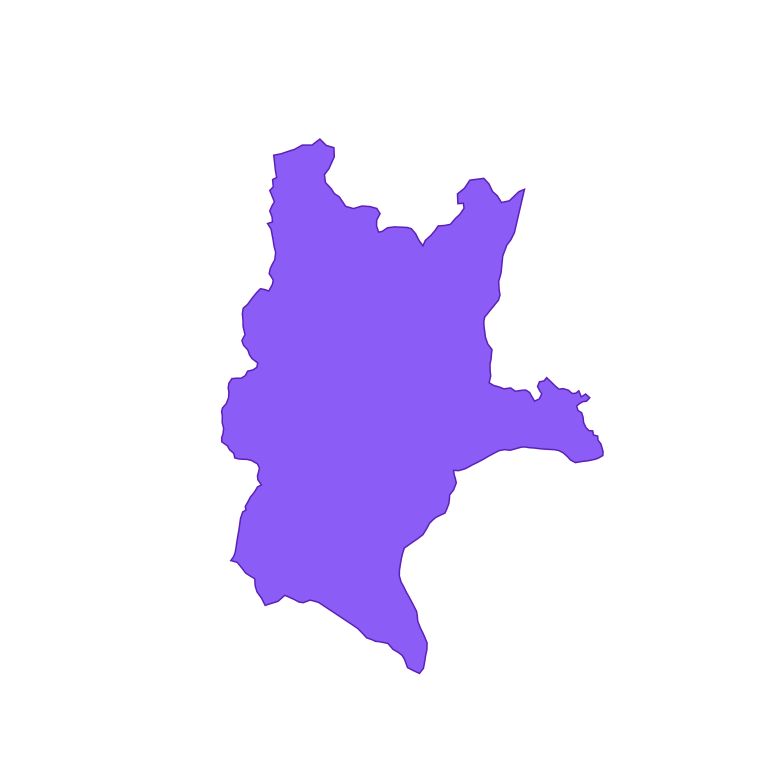 outline of Goiânia, Goiás, Brazil, rotated 321°
{"feature_id": "56859067B64953351303571", "entity_name": "Goiânia", "entity_type": "district", "adm_level": 2, "iso_a3": "BRA", "parent_name": "Brazil", "parent_adm1": "Goiás", "projection": "albers", "projection_center": [-49.264, -16.642], "detail": "fine", "context": "isolated", "style": "filled", "palette": "violet", "viewbox_px": 768, "rotation_deg": 321, "n_neighbors": 0, "source": "geoboundaries", "source_scale": "gbopen_adm2", "svg_char_len": 4059}
<svg xmlns="http://www.w3.org/2000/svg" viewBox="0 0 768 768"><g transform="rotate(321 384 384)"><path d="M229.4,631.2L235.7,629.8L240.3,625.9L245.5,621.2L250.0,617.6L254.5,612.4L256.4,606.2L257.6,601.6L258.6,597.1L260.9,589.7L263.9,585.2L266.2,581.3L267.2,576.6L268.1,572.3L269.3,566.2L270.3,560.3L271.7,554.0L272.7,548.5L275.2,542.7L278.9,538.4L282.4,535.2L287.5,530.7L291.8,527.4L296.5,524.3L303.9,524.7L308.8,525.1L312.7,525.4L319.4,525.6L325.8,523.4L331.7,520.9L336.0,520.4L340.3,520.3L345.6,521.5L350.1,522.7L353.9,520.8L359.1,517.8L362.6,514.4L365.2,511.5L371.2,510.2L377.9,506.4L379.8,502.7L381.6,498.4L383.7,494.9L387.6,498.4L393.9,501.0L402.0,502.5L408.0,503.9L414.3,505.1L419.8,505.9L426.6,507.2L431.5,508.2L436.4,510.9L440.4,514.9L446.2,517.4L451.2,519.6L454.2,521.9L456.9,525.0L460.8,528.6L463.9,531.9L467.0,534.9L471.8,539.3L475.5,542.7L478.0,545.8L480.0,550.3L480.9,556.2L481.1,560.5L483.3,565.6L489.6,569.1L494.0,571.9L500.3,575.2L503.8,576.5L509.1,577.3L511.7,574.4L514.8,567.2L515.0,562.3L517.3,558.9L514.7,555.5L516.7,551.7L514.0,549.3L513.5,545.2L514.8,539.7L517.9,534.9L519.5,530.7L518.1,526.6L519.9,522.3L523.8,522.3L527.3,522.8L530.5,524.8L535.2,524.2L534.4,518.7L529.2,518.2L531.1,511.9L527.3,511.9L524.2,509.7L523.4,504.8L520.3,500.3L516.8,498.2L515.8,493.3L515.2,487.8L514.4,481.4L510.3,482.3L506.2,480.1L501.7,482.6L500.8,487.2L500.4,490.9L495.4,493.3L490.2,492.1L490.8,488.0L491.8,482.2L490.4,477.9L486.8,475.4L481.5,472.3L480.0,466.8L474.2,463.3L471.6,458.7L468.4,454.3L466.5,449.2L472.0,444.9L474.9,440.4L478.7,435.5L482.9,432.0L486.5,428.2L489.6,425.2L489.8,418.3L492.3,411.4L495.5,406.3L497.7,402.6L501.0,398.1L504.7,395.2L508.4,394.6L512.5,393.6L516.7,392.8L521.3,391.8L525.7,390.9L530.2,387.8L532.9,383.0L537.8,376.3L542.1,373.4L545.2,371.0L556.8,359.3L566.8,353.4L573.2,351.8L580.5,348.5L615.7,321.1L609.9,319.4L596.7,320.5L589.5,316.9L590.5,308.9L589.5,302.9L591.5,294.4L591.0,287.0L579.0,279.6L569.7,282.5L560.7,282.5L554.9,290.4L559.4,293.5L556.8,297.8L549.7,299.9L543.7,300.3L536.1,301.7L531.0,299.0L525.5,295.2L520.4,296.8L514.1,298.0L506.5,298.4L501.2,301.1L501.6,294.1L503.1,287.4L503.0,280.6L500.5,276.9L490.9,268.4L485.1,264.8L478.7,264.3L475.4,262.6L477.6,256.6L481.5,252.0L488.1,249.2L488.9,243.1L484.6,237.1L478.9,231.8L470.7,228.5L466.0,221.8L466.4,217.5L467.0,210.4L465.2,204.6L465.9,199.2L465.3,190.6L469.5,183.8L476.8,182.0L488.4,176.1L493.8,168.8L489.3,162.3L488.3,153.3L478.4,153.0L470.8,146.9L462.3,145.4L455.1,142.6L448.6,140.2L442.3,136.8L434.3,149.2L430.5,156.0L426.1,155.0L422.0,161.1L417.0,161.7L415.6,166.6L413.5,173.4L408.8,175.2L404.1,177.6L402.1,183.8L399.2,187.9L394.5,186.0L393.7,192.6L388.5,202.2L385.3,207.7L382.6,213.6L377.3,218.7L372.2,220.8L368.1,222.8L364.2,226.0L363.4,233.4L360.1,236.3L353.0,239.2L350.6,235.3L347.9,232.2L342.8,232.8L336.0,234.2L328.0,236.3L322.3,236.5L318.0,240.4L314.6,245.7L310.7,250.6L307.1,258.1L300.9,260.8L299.2,265.5L299.6,271.8L297.8,276.8L297.4,281.2L299.1,288.2L295.6,291.0L291.1,290.6L286.1,288.2L281.5,290.2L276.5,289.6L273.5,287.0L269.2,284.1L263.9,285.8L260.6,288.8L258.2,292.9L254.6,296.8L249.1,300.0L243.6,300.9L240.5,303.1L238.3,307.0L234.0,312.1L231.5,317.5L227.4,321.5L224.0,323.6L221.5,326.9L223.4,333.4L222.6,337.9L223.6,343.4L221.5,347.5L224.0,350.9L226.9,353.6L230.3,356.6L232.9,360.1L235.4,366.5L234.2,371.0L230.9,373.6L227.7,375.9L225.6,379.3L225.3,385.2L220.8,384.4L216.9,385.9L213.3,386.9L208.9,387.8L203.4,390.2L199.2,391.8L197.3,395.1L193.7,394.5L188.0,398.1L179.4,406.1L173.9,410.9L169.8,414.5L166.1,418.0L162.4,421.2L158.3,423.6L153.8,424.8L157.7,430.2L157.7,438.7L157.5,443.9L159.0,448.5L161.0,454.0L156.8,459.9L154.5,465.6L154.0,473.5L152.3,481.3L155.6,482.5L160.3,484.4L164.9,486.2L173.9,485.8L176.1,489.9L178.9,495.6L180.7,499.9L183.6,503.1L190.5,505.4L193.5,509.3L195.8,512.8L207.3,549.4L209.7,557.3L210.3,563.2L210.8,570.4L213.8,575.2L215.4,578.6L218.1,581.2L223.8,588.1L224.0,595.8L226.2,601.6L227.3,606.3L226.7,610.8L225.3,614.9L223.8,619.3L226.8,625.9L229.4,631.2Z" fill="#8b5cf6" stroke="#5b21b6" stroke-width="1.5"/></g></svg>